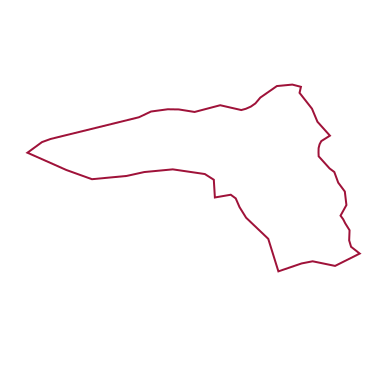 the Municipality of Kamnik, rotated 172°
{"feature_id": "SVN-206", "entity_name": "Kamnik", "entity_type": "Municipality", "adm_level": 1, "iso_a3": "SVN", "parent_name": "Slovenia", "parent_adm1": "", "projection": "equal_earth", "projection_center": [14.65, 46.279], "detail": "fine", "context": "isolated", "style": "outline", "palette": "rose", "viewbox_px": 384, "rotation_deg": 172, "n_neighbors": 0, "source": "natural_earth", "source_scale": "10m", "svg_char_len": 809}
<svg xmlns="http://www.w3.org/2000/svg" viewBox="0 0 384 384"><g transform="rotate(172 192 192)"><path d="M40.9,157.6L48.2,147.9L46.1,144.0L44.6,139.6L41.3,132.2L43.1,122.2L42.1,115.6L34.5,107.7L60.6,98.9L82.2,106.6L93.4,106.0L117.5,101.4L123.0,135.0L142.0,159.0L147.0,170.3L149.6,179.6L154.0,183.9L170.1,183.4L168.7,201.1L176.8,208.0L207.9,217.1L236.5,218.4L254.5,217.0L289.3,218.6L313.4,231.3L349.5,253.8L333.6,262.3L324.6,264.2L234.2,273.4L221.4,277.4L204.5,277.3L193.6,275.6L178.3,270.9L152.0,274.0L131.8,266.3L127.1,266.9L121.8,268.4L116.9,270.9L111.2,276.0L93.2,285.1L77.7,284.4L69.5,281.0L71.7,275.2L61.6,257.8L58.0,244.1L47.6,228.6L56.9,224.4L59.0,221.5L60.5,217.9L61.2,213.7L61.6,209.7L52.5,196.2L48.3,192.0L45.9,180.9L40.6,171.2L40.9,157.6Z" fill="none" stroke="#9f1239" stroke-width="2"/></g></svg>